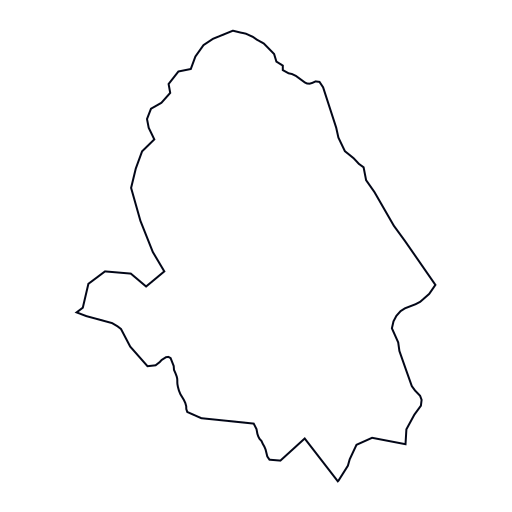 outline of Ha
{"feature_id": "BTN-2435", "entity_name": "Ha", "entity_type": "District", "adm_level": 1, "iso_a3": "BTN", "parent_name": "Bhutan", "parent_adm1": "", "projection": "orthographic", "projection_center": [89.122, 27.35], "detail": "fine", "context": "isolated", "style": "outline", "palette": "ink", "viewbox_px": 512, "rotation_deg": 0, "n_neighbors": 0, "source": "natural_earth", "source_scale": "10m", "svg_char_len": 1594}
<svg xmlns="http://www.w3.org/2000/svg" viewBox="0 0 512 512"><path d="M76.6,312.4L82.8,307.7L88.4,283.8L105.0,271.4L130.8,273.6L146.1,286.5L164.3,271.4L152.8,252.0L140.4,220.8L131.1,187.9L135.8,168.5L142.1,151.3L154.3,139.4L152.2,135.0L148.7,127.8L147.0,119.0L151.0,108.7L161.4,102.8L170.2,92.9L168.6,84.0L178.4,71.5L190.8,69.0L195.4,56.5L203.5,45.1L213.0,38.8L232.9,30.7L240.7,32.6L243.3,33.1L245.9,33.7L253.1,37.0L256.9,39.7L263.8,43.5L274.1,54.0L276.4,61.6L282.8,65.6L282.8,70.1L288.6,73.3L291.9,74.0L295.9,75.9L304.9,82.5L307.0,83.5L309.6,83.7L312.3,82.9L315.6,81.4L319.5,81.9L323.1,87.3L336.2,127.7L338.4,137.6L344.9,151.2L353.7,158.3L358.9,163.9L363.6,167.3L366.1,180.2L374.4,192.0L393.8,225.7L405.1,241.2L435.4,284.9L429.2,293.9L420.2,301.8L415.6,304.2L405.0,308.3L400.6,311.1L396.4,315.8L393.5,321.3L391.9,328.3L398.2,342.4L399.4,351.0L405.9,369.5L411.8,386.1L415.0,390.5L420.1,395.8L421.6,399.9L420.9,405.7L414.4,414.6L406.4,429.3L405.5,444.2L372.1,437.8L356.5,444.8L349.7,459.3L347.9,465.7L338.5,480.6L337.8,481.3L304.7,438.5L280.4,460.6L269.5,459.7L267.3,456.5L265.6,449.6L264.3,446.5L262.8,443.9L261.5,441.0L259.5,438.8L258.3,436.5L257.4,433.9L256.5,429.1L253.7,423.6L201.3,418.2L187.3,412.0L186.3,409.1L186.2,406.2L185.3,403.0L183.8,399.8L180.4,394.2L178.9,390.5L177.9,386.8L177.4,384.0L177.3,382.0L177.3,380.4L177.2,378.7L176.7,376.5L175.5,373.3L174.0,369.9L173.7,366.0L170.6,358.1L168.4,356.9L166.0,357.2L161.6,360.0L159.8,362.0L155.6,365.3L147.5,366.2L130.2,346.6L121.0,329.0L117.5,326.3L112.1,323.1L86.3,316.1L76.6,312.4Z" fill="none" stroke="#020617" stroke-width="2"/></svg>